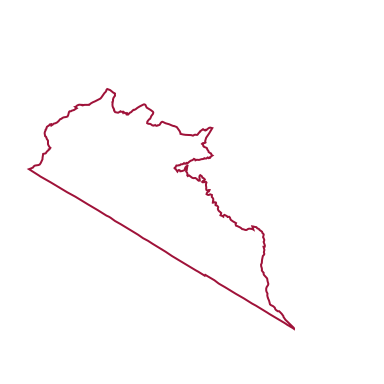 outline of Missenyi, Kagera, United Republic of Tanzania, rotated 211°
{"feature_id": "72390352B46245922571369", "entity_name": "Missenyi", "entity_type": "district", "adm_level": 2, "iso_a3": "TZA", "parent_name": "United Republic of Tanzania", "parent_adm1": "Kagera", "projection": "orthographic", "projection_center": [31.423, -1.204], "detail": "fine", "context": "isolated", "style": "outline", "palette": "rose", "viewbox_px": 384, "rotation_deg": 211, "n_neighbors": 0, "source": "geoboundaries", "source_scale": "gbopen_adm2", "svg_char_len": 6085}
<svg xmlns="http://www.w3.org/2000/svg" viewBox="0 0 384 384"><g transform="rotate(211 192 192)"><path d="M337.3,151.7L337.2,150.8L337.4,149.7L339.2,148.0L337.8,144.5L337.0,143.0L336.6,138.8L336.7,137.2L337.4,136.1L340.2,133.8L340.9,132.4L340.8,131.3L341.9,129.6L343.5,127.6L331.2,127.3L330.3,127.2L318.1,127.5L298.8,127.5L289.6,127.9L275.0,127.8L263.1,127.9L253.1,127.7L250.7,128.0L248.6,128.0L243.1,127.5L236.4,127.7L216.2,127.6L210.2,127.2L204.6,127.5L199.0,127.3L183.9,127.2L176.0,126.8L148.2,126.8L145.6,126.9L137.9,126.8L137.9,127.8L127.3,127.9L122.1,127.3L120.2,127.3L114.8,127.4L102.1,127.3L92.8,127.5L83.0,127.3L78.6,127.5L65.4,127.4L62.8,127.3L45.3,127.4L42.9,127.3L41.9,127.2L35.5,127.3L34.1,127.2L34.3,127.6L34.9,128.0L46.1,130.6L49.2,132.0L49.8,132.7L52.4,133.8L55.9,134.7L56.9,134.0L59.1,134.1L60.3,134.5L61.5,135.5L63.5,135.9L66.4,135.7L67.3,135.9L69.9,138.5L72.2,140.1L72.5,140.4L72.5,140.5L73.2,141.0L74.4,142.4L74.8,143.5L75.1,143.9L76.6,144.8L77.5,145.6L78.6,147.3L79.0,148.8L78.9,151.4L79.2,152.5L81.5,154.7L82.3,155.7L83.1,156.6L84.0,156.9L87.6,158.0L88.5,158.7L88.9,159.6L91.0,160.3L91.8,160.8L92.3,161.9L93.3,163.0L94.3,163.8L95.4,165.3L95.6,167.1L97.0,169.9L98.3,173.6L98.0,175.2L98.1,176.1L99.4,177.4L100.1,179.6L102.5,181.9L101.5,182.6L102.0,183.7L104.9,186.1L105.0,187.3L105.5,188.3L106.9,189.4L107.6,189.7L107.9,190.1L108.5,192.3L109.3,192.9L110.3,193.0L111.5,194.0L113.4,194.2L114.5,194.2L115.0,194.6L115.8,194.7L117.3,194.5L118.7,195.0L120.5,194.3L121.4,194.1L122.6,193.6L120.1,191.4L121.0,191.4L123.6,190.3L124.4,189.8L125.0,189.0L125.5,187.9L126.1,187.2L127.3,186.8L128.8,186.5L129.9,186.0L131.0,186.3L132.6,186.4L135.7,186.1L136.8,185.8L137.8,186.5L138.1,187.1L138.2,188.0L141.8,187.9L144.3,188.1L145.1,188.5L145.8,189.2L146.5,189.7L147.5,189.9L148.6,188.9L149.0,189.1L149.8,189.3L152.4,189.1L152.9,187.9L152.5,187.0L154.1,187.0L155.6,186.7L156.1,189.0L157.6,189.4L158.5,189.4L159.5,189.7L160.5,190.2L161.2,190.9L161.7,192.5L162.2,192.8L163.5,193.2L165.0,192.8L165.3,193.1L165.6,194.9L166.1,195.3L166.6,195.2L168.4,193.8L168.6,194.4L168.9,194.1L170.1,196.9L171.0,197.5L172.5,198.0L173.4,199.7L175.2,199.4L176.0,198.2L176.9,197.7L178.4,197.6L178.7,198.5L178.7,199.4L178.4,200.4L177.8,201.3L178.0,202.7L178.6,202.4L178.9,201.8L179.9,201.2L180.7,201.2L181.4,201.9L182.2,203.4L183.4,204.8L184.1,206.0L184.5,207.6L185.4,207.9L186.4,207.3L186.6,206.7L187.9,205.8L188.5,205.9L188.3,207.0L187.5,208.0L187.5,209.4L189.2,209.8L190.0,209.7L190.0,209.8L190.8,209.9L191.8,210.6L193.6,210.7L193.8,209.8L193.5,208.9L193.0,208.1L192.0,206.9L191.2,205.8L192.1,205.1L193.1,205.2L194.9,205.7L196.4,205.7L197.1,205.2L197.7,204.7L199.0,204.3L203.1,204.7L203.8,203.5L204.7,203.9L205.0,204.9L206.0,205.9L207.6,206.6L207.7,207.8L209.0,210.9L209.3,211.9L210.0,211.3L210.3,209.8L210.1,208.3L209.6,207.5L210.0,206.4L211.4,204.8L212.7,203.7L213.9,204.3L214.8,203.8L215.0,202.9L215.0,202.0L217.7,203.2L218.9,203.3L218.8,203.9L219.2,204.0L219.1,204.3L219.0,204.1L218.9,204.2L219.0,206.7L217.6,207.5L217.1,208.2L216.3,208.6L215.9,209.9L214.9,210.5L214.0,211.6L213.7,212.6L213.2,212.4L212.4,212.7L211.7,214.0L210.9,213.7L210.9,214.5L210.5,214.7L209.8,216.9L209.1,218.3L208.3,219.2L207.7,220.3L207.4,221.4L206.4,221.5L205.4,220.9L204.5,222.1L202.5,223.1L200.8,225.0L199.6,225.9L198.8,226.8L198.8,227.3L198.1,227.4L196.9,228.2L196.4,229.6L195.2,229.6L195.0,230.2L194.7,230.0L194.1,230.6L194.1,231.6L193.9,232.6L193.3,233.8L193.8,233.8L194.9,234.2L195.4,234.8L196.4,234.7L197.1,234.8L198.3,234.8L199.2,235.7L200.8,236.3L201.6,237.2L202.5,237.3L204.9,236.9L205.2,237.1L205.4,237.0L205.8,237.1L206.8,238.1L208.2,238.4L208.0,239.2L207.6,239.7L206.4,240.4L205.9,241.4L206.9,242.3L207.8,245.8L207.5,250.8L207.5,257.2L209.5,256.6L210.3,255.9L211.3,253.7L211.5,252.5L212.5,252.2L212.5,251.5L214.1,251.4L214.9,251.5L216.4,247.9L216.4,247.6L216.2,247.5L216.7,245.5L216.7,244.3L217.0,243.6L217.7,243.2L218.7,242.8L219.4,242.2L220.2,240.8L222.1,240.3L226.9,237.7L229.0,236.8L231.8,235.9L232.5,236.8L234.1,237.9L238.5,239.8L241.5,239.3L241.8,239.0L243.4,238.7L246.5,238.3L250.1,237.3L252.6,237.1L253.6,236.9L253.9,236.6L254.3,235.6L254.4,232.9L255.3,231.7L255.9,231.4L256.2,230.6L257.3,230.3L258.0,230.4L258.1,230.0L258.9,229.6L259.3,229.0L260.0,228.8L260.6,228.7L262.0,228.9L263.0,228.8L264.3,228.1L265.2,227.9L265.9,227.9L266.5,229.3L266.5,229.8L266.2,232.0L266.0,232.6L265.6,233.2L266.0,236.2L265.7,238.8L265.9,239.6L266.2,240.3L266.9,240.7L269.6,241.0L274.3,241.0L276.9,242.7L277.9,242.6L278.3,242.4L278.9,241.6L280.9,238.4L282.1,236.1L283.0,233.8L284.0,232.4L284.3,232.4L284.7,231.7L285.3,229.1L286.0,228.1L286.7,225.4L287.1,225.2L287.5,225.9L288.0,226.1L288.3,225.2L288.9,225.8L289.2,225.8L289.4,225.2L290.8,225.1L291.1,224.9L291.4,224.9L291.7,225.4L292.2,225.4L292.1,224.5L292.7,224.8L293.9,224.5L294.7,223.9L295.0,224.1L296.0,222.1L296.4,221.8L298.9,220.9L299.4,221.0L300.2,221.6L300.7,221.6L301.3,222.5L301.9,222.9L301.8,223.0L302.4,223.4L303.4,223.9L304.4,224.8L305.5,226.4L306.0,227.7L306.4,227.8L306.6,228.3L306.5,229.0L306.9,230.0L307.4,230.6L307.8,232.5L307.6,234.9L308.3,235.8L308.7,236.7L309.3,236.8L310.4,236.6L314.6,237.2L317.7,236.6L317.9,235.4L317.6,234.4L317.6,233.2L318.0,231.8L318.4,226.1L318.7,224.8L321.8,219.8L323.3,217.7L324.4,215.7L324.8,214.4L325.3,213.9L325.2,213.6L328.8,211.5L330.4,209.9L330.8,209.8L330.8,210.2L333.7,208.7L334.9,207.2L335.6,205.1L335.9,204.8L333.9,204.5L334.0,204.3L334.9,202.7L335.1,201.9L336.1,200.7L336.8,200.0L337.5,198.7L338.4,198.2L338.6,197.7L338.6,197.1L337.7,194.1L337.6,192.6L338.6,191.4L340.3,190.0L341.0,189.1L341.3,188.6L341.6,187.5L342.4,186.7L342.6,186.0L342.8,184.5L343.4,182.3L344.4,180.7L345.9,179.1L346.1,177.9L346.5,177.3L346.8,176.6L347.7,177.6L348.7,176.6L348.6,176.0L349.9,173.2L349.8,172.3L349.4,171.3L349.6,170.1L349.3,169.8L349.1,167.9L348.7,166.7L348.3,166.1L346.6,164.2L345.7,164.2L345.3,164.0L344.9,163.5L344.2,163.2L343.7,162.6L342.1,162.0L341.5,161.2L340.2,159.0L339.7,158.5L338.4,157.7L337.2,157.1L336.1,156.9L336.2,155.3L336.8,154.8L336.5,154.2L337.3,151.7Z" fill="none" stroke="#9f1239" stroke-width="2"/></g></svg>